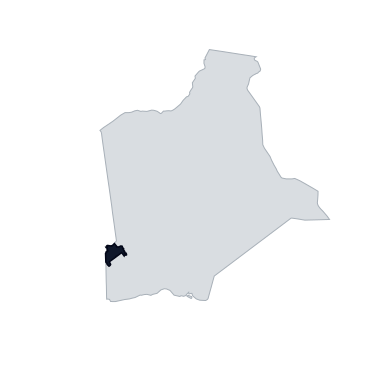 Taveta, Coast, Kenya shown in context, rotated 53°
{"feature_id": "3690345B11030917787472", "entity_name": "Taveta", "entity_type": "district", "adm_level": 2, "iso_a3": "KEN", "parent_name": "Kenya", "parent_adm1": "Coast", "projection": "albers", "projection_center": [37.998, -3.439], "detail": "fine", "context": "in_parent", "style": "filled", "palette": "ink", "viewbox_px": 384, "rotation_deg": 53, "n_neighbors": 0, "source": "geoboundaries", "source_scale": "gbopen_adm2", "svg_char_len": 5499}
<svg xmlns="http://www.w3.org/2000/svg" viewBox="0 0 384 384"><g transform="rotate(53 192 192)"><path d="M87.4,228.4L87.3,223.9L87.9,212.6L87.7,202.7L88.3,197.7L90.7,194.5L91.9,192.2L92.7,189.0L93.9,186.4L96.9,184.3L97.4,183.1L100.5,179.5L102.3,175.0L103.7,173.4L105.5,172.0L106.7,171.2L108.7,170.5L110.3,170.0L110.6,169.7L110.7,168.9L110.2,166.1L110.9,165.2L112.0,163.3L113.2,161.5L114.3,160.4L114.9,159.3L115.2,157.3L115.3,155.9L115.2,153.6L114.9,148.3L113.5,144.0L112.7,139.1L113.3,137.5L112.3,134.6L111.8,134.5L110.9,133.9L109.8,131.2L109.0,128.7L108.5,128.1L105.0,126.0L103.2,120.9L101.2,119.8L100.1,114.7L99.9,113.3L101.0,108.3L100.9,107.1L99.7,106.1L96.4,105.0L93.7,102.9L94.1,102.2L94.3,101.5L92.8,101.0L88.7,92.4L94.0,87.2L99.3,82.0L106.1,75.4L112.4,69.3L117.8,64.0L122.6,59.4L122.5,60.2L122.5,61.4L123.1,62.2L124.1,62.6L125.5,62.1L126.7,61.4L127.9,61.2L135.2,63.2L136.4,64.8L136.3,66.7L136.6,68.0L136.1,69.3L135.5,73.3L135.7,77.0L137.9,79.7L139.8,81.9L141.4,84.9L142.5,85.8L144.1,86.3L149.1,86.4L156.5,86.6L163.6,86.8L164.3,86.8L165.8,87.2L172.3,91.3L178.3,95.0L183.4,98.2L188.3,101.4L193.1,104.4L196.8,107.0L200.5,107.8L206.4,108.1L210.6,108.3L214.4,109.3L220.0,110.3L224.2,110.8L226.8,111.4L233.9,112.0L235.0,111.7L238.2,108.9L241.7,104.3L243.0,101.8L247.5,99.3L255.5,95.8L261.1,93.4L267.3,90.9L270.1,93.1L274.0,96.5L275.8,98.2L277.2,99.0L279.3,99.5L281.9,99.5L283.3,99.4L286.2,99.0L292.9,98.6L296.7,98.7L293.5,103.2L289.6,108.7L282.4,118.8L276.9,124.0L272.8,128.1L272.5,128.8L272.5,133.3L272.5,144.2L272.5,166.2L272.5,188.1L272.5,210.1L272.5,221.1L272.5,224.8L276.1,229.5L279.6,234.0L284.2,240.0L286.7,243.2L287.1,244.3L286.9,246.4L283.1,250.9L280.0,252.9L275.8,253.9L274.5,253.7L272.9,253.1L272.2,254.1L271.7,255.8L270.8,255.5L270.1,255.0L270.5,257.9L270.9,259.4L270.3,261.4L268.3,263.1L268.1,264.6L263.6,268.4L257.4,268.8L254.1,270.7L252.6,272.3L251.5,275.7L251.9,280.9L250.1,285.0L249.8,287.0L246.6,289.6L245.1,292.0L244.1,294.4L243.1,295.5L242.0,301.0L240.5,304.3L240.1,305.4L239.7,306.4L238.6,308.3L237.8,309.7L237.3,310.6L233.4,319.1L230.5,322.9L228.1,322.5L226.6,323.9L226.4,324.6L225.6,324.2L223.6,322.8L219.6,319.9L215.6,317.0L211.6,314.2L207.6,311.3L203.6,308.4L199.6,305.5L195.6,302.6L191.6,299.7L189.3,298.0L188.2,297.0L187.4,295.0L187.0,294.5L186.0,293.9L184.7,293.7L184.3,293.4L184.4,292.4L184.8,291.0L186.3,288.4L186.4,286.8L186.1,285.0L185.7,282.2L185.3,281.6L182.6,280.1L177.0,277.0L171.5,273.9L165.9,270.8L160.3,267.7L154.8,264.5L149.2,261.4L143.6,258.3L138.0,255.2L132.5,252.2L126.9,249.1L121.3,246.0L115.7,242.9L110.1,239.8L104.5,236.7L98.9,233.6L93.4,230.5L91.3,229.3L89.4,228.4L87.4,228.4ZM272.8,258.5L271.9,258.7L272.4,257.2L275.2,255.3L276.4,255.7L276.6,256.2L276.6,256.6L276.1,257.0L272.8,258.5Z" fill="#d9dde1" stroke="#a8b0b8" stroke-width="1"/><path d="M188.1,284.9L186.5,285.0L187.0,288.4L187.0,288.5L186.9,288.7L186.8,288.9L186.6,288.8L186.4,288.7L186.3,288.8L186.3,289.5L186.2,289.6L185.8,289.7L184.6,290.8L183.7,291.8L183.7,292.4L183.9,292.4L184.0,292.3L184.3,292.4L184.5,292.4L184.6,292.5L184.8,292.5L184.8,292.9L184.8,293.0L184.7,293.1L184.6,293.3L184.4,293.4L184.4,293.5L184.2,293.9L184.3,293.9L184.3,294.0L184.6,294.1L184.9,294.0L185.0,293.9L185.3,293.9L185.5,293.8L185.6,293.7L185.8,293.5L186.0,293.5L186.3,293.8L186.3,293.7L186.3,293.8L186.5,294.0L186.8,294.2L187.0,294.2L187.3,294.3L187.5,294.4L187.9,294.5L188.0,294.7L188.0,295.1L188.1,295.3L188.3,295.3L188.3,295.7L188.3,295.8L188.4,295.7L188.4,295.4L188.5,295.3L188.5,295.5L188.6,295.8L188.6,296.0L188.7,296.3L188.8,296.6L188.9,296.9L188.9,297.1L188.9,297.3L188.7,297.2L189.0,298.0L196.1,303.0L196.3,303.0L196.6,303.0L196.9,303.0L197.3,303.0L197.3,302.9L197.5,302.7L197.8,302.8L198.0,303.0L198.4,303.1L198.5,303.2L198.6,303.3L199.0,303.3L199.4,303.3L199.9,303.2L200.4,303.1L200.9,303.0L201.0,303.0L201.0,302.9L201.3,302.9L201.4,302.7L201.3,302.4L201.4,301.9L201.3,301.4L201.2,301.2L201.0,300.9L200.8,300.5L198.0,300.0L198.1,291.8L197.7,291.8L197.7,290.2L198.1,290.2L198.1,284.7L202.3,284.7L202.2,284.5L202.2,284.4L202.1,284.2L202.1,283.9L202.1,283.7L202.0,283.4L202.1,283.2L202.3,283.2L202.4,282.9L202.5,282.9L202.7,282.7L202.8,282.5L202.8,282.4L202.7,282.4L202.6,282.1L202.5,281.9L202.4,281.9L202.2,281.8L202.2,282.0L202.1,281.9L202.0,282.0L201.9,281.9L201.8,282.0L201.7,282.1L201.3,282.1L201.2,282.0L201.1,282.3L201.2,282.5L201.0,282.4L200.9,282.3L200.7,282.4L200.6,282.2L200.5,282.4L200.4,282.2L200.2,282.1L199.9,282.0L199.8,281.9L199.7,282.0L199.5,281.9L199.5,282.1L199.4,282.1L199.2,282.0L199.1,281.9L199.0,282.0L198.9,282.1L198.7,282.1L198.5,281.9L198.4,282.0L198.2,281.9L198.1,281.7L198.0,281.8L197.9,281.8L197.9,281.7L197.6,281.7L197.3,281.6L197.2,281.5L197.2,281.4L196.9,281.3L196.7,281.2L196.7,281.3L196.4,281.3L196.1,281.2L196.0,280.9L195.9,280.9L195.8,281.0L195.8,280.9L195.6,281.0L195.5,280.9L195.4,280.9L195.3,281.0L195.2,280.9L194.7,280.7L194.5,280.8L194.4,280.8L194.2,280.8L194.0,280.7L193.9,280.6L193.7,280.6L193.4,280.5L193.3,280.4L193.2,280.4L193.0,280.5L192.8,280.7L192.8,280.8L192.7,281.0L192.5,281.3L192.3,281.4L192.3,281.6L192.2,281.7L192.3,281.9L192.2,282.0L192.0,282.3L192.0,282.5L192.0,282.9L192.0,283.0L191.9,283.2L191.9,283.3L191.8,283.5L191.8,283.8L191.7,283.8L191.5,284.0L191.4,284.0L191.2,284.2L191.2,284.3L191.1,284.6L190.9,284.7L190.8,284.8L190.7,284.8L190.8,284.8L190.7,284.9L190.7,285.0L190.4,285.3L190.2,285.3L190.1,285.2L189.9,285.0L189.9,284.9L189.6,284.8L189.4,284.8L189.2,284.9L188.1,284.9Z" fill="#0f172a" stroke="#020617" stroke-width="1.5"/></g></svg>